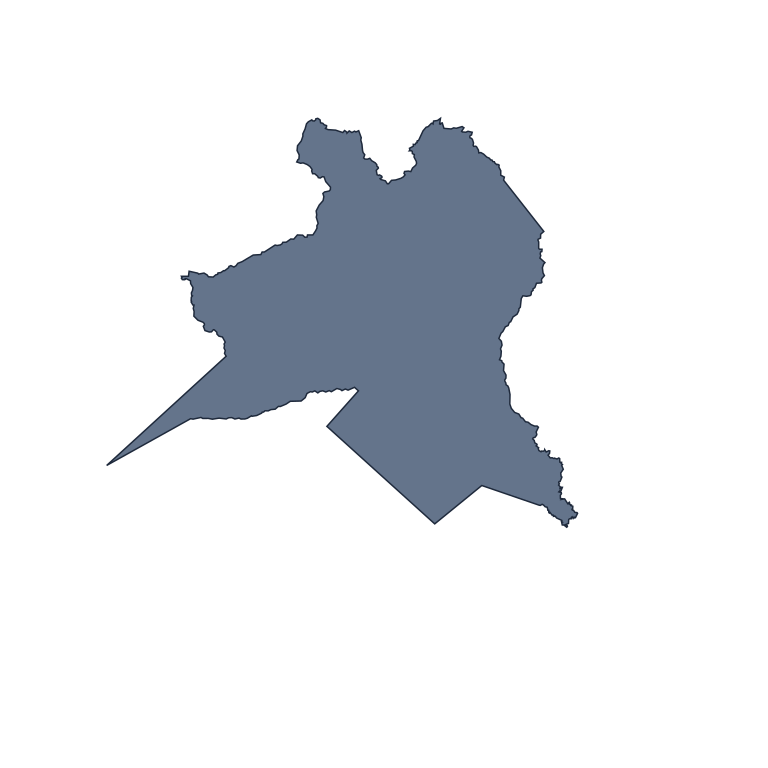 outline of Aquidauana, Mato Grosso do Sul, Brazil, rotated 222°
{"feature_id": "56859067B57339224225179", "entity_name": "Aquidauana", "entity_type": "district", "adm_level": 2, "iso_a3": "BRA", "parent_name": "Brazil", "parent_adm1": "Mato Grosso do Sul", "projection": "mercator", "projection_center": [-55.836, -19.55], "detail": "fine", "context": "isolated", "style": "filled", "palette": "slate", "viewbox_px": 768, "rotation_deg": 222, "n_neighbors": 0, "source": "geoboundaries", "source_scale": "gbopen_adm2", "svg_char_len": 6171}
<svg xmlns="http://www.w3.org/2000/svg" viewBox="0 0 768 768"><g transform="rotate(222 384 384)"><path d="M490.7,628.0L491.6,625.9L494.5,623.7L495.4,623.7L496.0,627.9L498.2,627.6L501.4,622.4L503.6,621.0L504.7,618.5L510.5,614.1L515.4,617.0L516.0,616.1L515.8,614.9L516.7,614.5L519.8,619.2L520.6,615.6L523.1,612.6L521.6,610.1L522.7,610.1L523.2,609.4L523.4,604.8L524.5,603.0L524.4,598.3L521.2,587.9L522.0,587.1L521.7,586.2L520.9,585.6L521.5,584.4L521.1,582.8L522.6,581.7L521.3,580.4L522.8,576.2L521.2,575.1L521.2,574.3L519.6,575.7L518.6,575.7L517.1,574.2L515.0,574.8L513.6,572.8L508.9,571.0L507.4,569.7L506.8,567.9L507.3,563.6L506.2,559.8L508.4,558.5L510.9,555.7L510.1,553.9L508.3,553.5L508.2,551.0L509.0,548.3L511.9,543.4L514.7,540.4L514.6,535.9L515.5,535.0L518.9,535.9L523.3,533.8L524.3,533.9L523.7,535.7L523.9,536.5L524.9,536.9L527.2,536.4L527.7,535.4L529.2,534.9L532.7,537.6L532.6,540.6L533.3,541.2L535.0,541.1L536.2,542.2L538.6,542.5L542.6,541.7L545.6,542.2L546.8,539.9L548.7,538.4L550.4,538.4L551.7,541.5L554.4,542.0L556.2,543.2L560.8,547.4L564.5,549.8L565.7,551.8L572.3,555.3L573.5,552.5L575.1,552.2L576.1,549.4L579.2,548.8L579.4,545.7L580.1,546.3L582.9,546.0L582.9,543.3L589.8,540.3L595.8,535.6L598.5,534.7L598.7,536.6L599.6,537.6L601.9,536.6L603.9,536.8L605.9,535.7L608.3,537.5L611.0,537.1L612.1,535.5L611.5,534.5L611.8,532.7L613.4,531.7L614.4,532.0L615.7,528.2L615.7,525.5L613.3,520.7L611.7,515.6L610.1,513.9L608.1,509.2L607.7,503.2L604.8,499.3L600.3,497.5L597.8,494.3L598.1,493.1L597.4,490.6L593.7,492.2L592.1,494.2L587.9,495.7L584.5,496.1L581.0,495.3L580.3,493.9L577.8,492.5L576.2,493.9L572.2,494.0L570.9,493.4L569.2,494.4L568.5,496.9L567.1,497.8L562.7,495.4L555.5,494.5L553.9,492.5L553.9,490.7L556.7,486.9L556.9,484.7L554.1,483.0L552.0,479.6L551.9,473.7L550.2,467.2L547.2,464.7L545.9,462.6L540.4,459.3L539.8,456.7L538.1,455.0L537.3,451.9L536.6,447.2L540.6,443.6L539.5,441.7L541.0,440.1L544.0,440.2L548.1,436.8L548.0,431.2L550.3,429.4L551.5,424.0L554.0,421.6L553.6,419.9L554.1,418.0L556.1,415.4L557.9,414.4L561.2,402.1L562.9,400.5L562.1,397.8L567.5,392.3L571.4,379.8L573.4,375.9L573.1,372.9L573.8,370.5L577.0,369.5L577.9,367.6L577.3,366.6L578.2,361.6L579.1,360.8L579.8,357.7L581.7,355.4L581.0,354.2L582.1,352.5L582.5,349.2L586.2,346.2L588.4,346.7L592.0,346.0L595.4,341.6L596.5,341.8L604.3,337.4L601.4,333.2L606.6,328.5L605.5,328.1L605.4,327.1L603.7,326.6L602.1,327.9L601.7,328.7L602.2,329.2L601.5,329.9L596.9,331.2L594.8,329.2L590.6,327.9L588.9,325.4L588.1,322.8L586.3,321.2L585.3,321.3L585.3,319.6L583.1,316.9L582.3,316.7L582.2,315.9L578.9,314.8L578.0,315.5L576.3,312.5L573.7,310.9L570.7,307.2L564.9,306.9L559.8,308.8L558.0,308.7L557.0,307.8L556.9,306.0L552.8,303.9L548.7,305.7L547.1,307.3L547.1,310.2L546.4,310.7L542.9,310.6L541.5,309.3L538.7,309.1L535.5,310.8L530.0,308.9L529.6,306.7L528.1,305.7L527.0,303.7L524.3,302.6L523.0,300.0L519.9,299.0L535.6,137.9L504.5,228.8L502.4,230.1L497.6,236.7L495.7,237.1L491.5,240.9L488.0,243.0L483.7,248.3L477.9,252.4L476.8,255.0L474.6,257.2L471.4,258.2L468.9,261.7L466.9,262.2L464.0,264.9L462.6,267.1L461.2,271.7L460.5,271.7L457.5,275.4L455.4,280.5L455.7,281.5L454.7,282.6L454.5,284.5L452.1,286.5L450.9,289.3L448.0,292.5L447.5,296.7L446.0,297.9L443.3,303.6L442.1,308.4L434.2,315.9L433.4,321.1L434.9,325.4L433.6,329.0L431.9,330.1L430.8,332.6L427.2,333.1L426.7,335.6L424.9,338.0L421.9,339.1L420.3,342.4L418.0,343.0L416.0,349.1L412.7,350.8L410.8,350.9L409.4,354.4L406.6,355.4L403.7,361.8L398.4,361.8L398.1,314.3L252.7,314.0L243.4,374.0L187.5,397.8L186.6,398.4L186.0,400.4L184.4,400.8L182.1,400.6L180.2,401.6L177.7,399.8L177.1,400.3L175.4,398.7L174.6,398.8L174.7,399.6L171.2,399.0L170.8,399.7L169.7,399.8L169.4,399.1L168.2,400.3L166.1,399.9L160.6,401.6L160.2,400.6L159.0,400.7L159.3,400.0L157.2,398.5L155.9,399.6L152.4,399.8L152.3,400.8L153.0,401.3L154.9,401.2L153.6,403.8L156.0,406.8L156.0,407.9L154.7,409.1L155.4,410.0L155.3,411.2L153.5,410.6L153.7,412.2L152.8,412.0L152.3,412.8L153.6,417.4L154.5,417.6L156.3,416.3L158.8,417.0L159.6,416.3L160.5,416.7L160.5,417.8L161.9,419.5L163.8,418.7L163.9,419.4L166.1,418.7L166.4,419.8L167.2,420.1L167.3,418.0L172.9,419.5L174.8,417.1L174.8,418.0L176.2,416.9L178.5,419.3L178.7,421.2L179.6,421.9L181.9,420.8L181.9,422.1L180.8,422.4L182.3,426.6L182.9,426.2L182.6,424.5L183.2,423.9L184.2,425.5L186.6,425.7L186.9,427.2L188.1,427.5L188.6,428.5L187.9,429.4L189.5,433.9L190.3,433.7L193.1,436.1L193.7,440.6L197.5,442.4L197.5,443.6L199.1,443.5L199.6,444.6L201.1,443.6L203.5,446.1L204.6,446.0L205.3,444.0L207.7,443.0L207.8,442.3L209.7,441.7L211.0,440.3L214.5,440.9L214.5,443.1L216.0,445.2L216.9,444.7L218.0,442.0L220.7,442.8L220.2,442.0L220.6,440.7L222.1,439.5L222.0,438.7L224.4,438.2L226.2,439.2L226.4,440.1L229.5,439.8L229.5,441.2L230.2,441.6L232.6,441.2L234.6,442.6L236.8,442.7L237.1,444.0L236.1,445.3L236.3,447.9L236.7,448.8L238.8,450.1L240.3,455.2L242.1,455.2L243.9,453.5L247.6,452.2L251.4,452.0L253.6,450.6L258.1,451.4L259.6,450.7L263.7,451.9L267.9,450.3L273.1,451.1L277.1,453.3L283.3,460.5L288.6,464.5L290.7,465.4L292.8,465.1L294.1,466.3L296.0,466.9L297.0,467.8L297.3,469.9L299.3,472.3L304.1,473.9L308.1,479.1L311.1,479.3L312.1,480.1L314.4,479.3L315.7,482.9L318.8,486.9L320.9,488.0L322.3,491.9L325.4,494.3L329.1,494.7L331.0,500.1L330.8,502.5L332.1,507.7L330.9,510.5L332.1,513.7L331.5,515.0L333.0,520.2L331.8,524.9L332.9,528.8L334.1,530.2L334.1,532.3L339.2,539.4L339.8,542.5L336.7,544.6L334.6,547.4L334.4,548.7L336.2,551.3L335.9,553.4L336.9,554.3L336.4,556.6L338.1,560.9L334.9,564.2L334.8,565.3L336.4,566.4L337.2,567.8L337.3,571.9L340.2,573.0L344.1,576.4L345.6,579.9L345.6,581.9L352.4,581.9L353.4,584.3L355.0,585.2L356.0,587.0L355.3,588.0L356.7,589.9L358.7,588.2L359.8,588.3L364.1,593.1L366.0,594.0L366.3,594.7L365.3,597.2L367.8,600.1L367.3,604.3L431.5,615.5L433.0,618.3L437.0,617.3L439.9,620.6L443.8,622.1L444.9,623.7L446.4,623.4L446.9,622.5L449.4,622.4L450.7,623.0L452.0,622.1L453.6,622.7L454.7,621.9L456.7,622.3L459.5,621.4L463.8,621.5L466.9,620.8L468.2,619.2L470.3,621.0L473.9,622.2L474.9,622.1L476.4,620.6L477.5,621.0L478.7,623.0L481.9,624.9L483.3,625.1L484.9,624.5L485.7,625.1L486.2,626.4L485.6,627.6L486.9,630.1L490.7,628.0Z" fill="#64748b" stroke="#1e293b" stroke-width="1.5"/></g></svg>